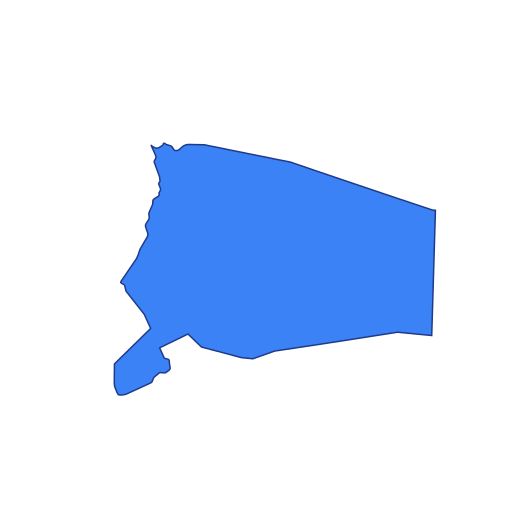 map outline of Kanem (Albers equal-area conic projection), rotated 66°
{"feature_id": "TCD-1465", "entity_name": "Kanem", "entity_type": "Prefecture", "adm_level": 1, "iso_a3": "TCD", "parent_name": "Chad", "parent_adm1": "", "projection": "albers", "projection_center": [14.708, 15.037], "detail": "fine", "context": "isolated", "style": "filled", "palette": "blue", "viewbox_px": 512, "rotation_deg": 66, "n_neighbors": 0, "source": "natural_earth", "source_scale": "10m", "svg_char_len": 2202}
<svg xmlns="http://www.w3.org/2000/svg" viewBox="0 0 512 512"><g transform="rotate(66 256 256)"><path d="M111.9,306.6L113.5,306.3L116.7,303.7L117.4,301.9L117.5,300.1L116.9,296.3L116.6,295.8L115.6,294.8L115.5,294.3L115.8,293.8L117.7,292.5L120.7,289.1L121.7,288.4L123.6,288.0L125.4,287.8L126.8,287.1L127.7,284.8L127.5,282.8L126.2,278.6L125.9,276.6L126.0,274.5L126.5,272.7L127.9,269.6L131.0,263.0L133.5,257.7L136.3,253.9L139.1,249.9L141.9,245.9L144.7,242.0L147.6,238.0L150.4,234.0L153.2,230.1L156.0,226.1L158.9,222.1L161.7,218.1L164.5,214.2L167.3,210.2L170.1,206.2L173.0,202.2L175.8,198.3L178.6,194.3L181.4,190.3L184.1,186.5L189.2,181.0L194.7,175.0L198.4,171.1L203.7,165.4L208.9,159.7L214.2,154.0L219.5,148.3L224.7,142.6L230.0,136.9L235.2,131.2L240.5,125.5L245.7,119.8L251.0,114.1L256.2,108.4L261.5,102.7L266.7,96.9L272.0,91.2L277.2,85.5L282.4,79.8L285.6,76.3L286.8,74.5L287.1,73.5L288.7,74.2L400.1,127.8L383.2,157.7L362.6,233.7L350.4,277.7L348.6,300.7L342.9,310.7L317.0,342.8L299.6,349.9L300.7,381.4L311.6,381.3L312.2,381.1L312.6,380.8L314.7,378.1L315.1,377.9L315.6,377.8L316.2,377.8L317.3,378.1L319.2,378.9L321.5,379.4L323.6,380.1L324.1,380.5L324.6,381.0L325.1,382.2L325.4,383.6L325.8,385.9L325.8,386.5L325.3,387.7L323.6,390.8L323.5,391.4L323.5,392.2L324.5,395.5L324.8,396.8L325.2,398.2L325.4,398.6L326.3,399.7L328.3,401.8L328.9,402.6L329.1,404.0L329.4,430.5L329.1,432.8L327.8,436.6L326.7,438.2L324.4,438.5L317.6,438.2L314.5,437.2L297.0,429.2L279.3,381.7L263.9,381.8L235.7,388.9L234.9,389.0L230.2,388.1L229.5,388.0L228.5,388.2L226.2,389.9L225.2,390.4L224.3,389.7L209.9,366.4L207.2,363.3L203.5,360.0L202.4,358.8L194.1,347.3L193.4,346.7L192.9,346.3L191.9,345.9L190.8,345.6L184.5,345.0L183.7,344.8L182.7,344.3L181.8,343.3L179.1,339.3L178.0,338.1L173.7,336.7L172.4,335.6L166.9,329.5L163.7,327.8L163.1,327.3L162.7,326.8L162.3,325.3L161.7,321.2L161.4,320.5L161.0,319.7L160.5,319.3L159.9,319.2L159.3,319.2L158.9,319.0L157.2,316.7L156.6,316.3L156.0,316.0L154.8,315.8L151.5,315.7L150.6,315.6L150.1,315.3L149.7,314.9L148.6,313.2L144.3,311.9L128.7,310.8L128.0,310.4L127.3,309.6L126.4,308.3L125.2,307.2L124.0,306.9L122.7,306.8L112.6,306.8L111.9,306.6Z" fill="#3b82f6" stroke="#1e3a8a" stroke-width="1.5"/></g></svg>